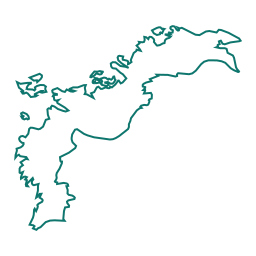 SVG path tracing the border of Ostrobothnia
{"feature_id": "FIN-3182", "entity_name": "Ostrobothnia", "entity_type": "Province", "adm_level": 1, "iso_a3": "FIN", "parent_name": "Finland", "parent_adm1": "", "projection": "natural_earth1", "projection_center": [22.043, 62.87], "detail": "fine", "context": "isolated", "style": "outline", "palette": "teal", "viewbox_px": 256, "rotation_deg": 0, "n_neighbors": 0, "source": "natural_earth", "source_scale": "10m", "svg_char_len": 5547}
<svg xmlns="http://www.w3.org/2000/svg" viewBox="0 0 256 256"><path d="M36.4,229.8L33.0,228.4L34.5,226.2L33.3,225.3L29.6,224.7L33.0,217.6L33.7,214.9L34.1,209.7L34.7,208.7L36.1,211.1L37.5,207.9L37.8,206.3L37.3,205.1L38.5,203.8L42.2,201.7L42.7,200.2L42.0,199.1L39.6,197.6L41.4,193.8L39.6,193.9L37.6,196.6L36.2,197.6L37.9,190.8L38.0,185.7L38.5,184.0L33.9,185.2L32.7,184.7L32.0,183.6L31.8,182.2L32.2,180.8L33.3,179.5L32.7,178.0L27.1,183.6L26.9,184.7L28.0,186.3L26.2,186.1L25.8,184.4L26.9,180.2L25.1,179.5L26.9,177.2L25.5,176.6L23.9,176.8L21.0,178.7L20.9,177.3L22.9,172.0L20.3,173.1L19.6,172.6L19.6,168.6L20.3,167.1L22.9,165.2L20.6,162.3L25.8,158.9L27.6,159.2L26.3,157.1L20.2,156.2L18.9,154.7L16.9,155.8L15.4,157.7L15.6,155.0L16.9,150.7L16.6,148.7L20.6,147.4L22.6,145.9L23.6,144.2L23.5,143.0L21.8,142.7L19.8,140.8L19.1,138.9L19.6,137.4L20.9,136.3L22.8,136.0L25.5,137.3L28.3,133.7L29.2,128.9L30.6,127.7L32.7,127.8L38.4,129.3L40.2,128.8L43.1,126.6L45.8,119.8L49.3,118.8L47.9,114.9L47.4,109.4L47.7,109.0L48.7,108.3L50.8,108.8L50.9,107.1L52.0,105.7L54.4,106.5L57.9,109.0L63.1,110.9L65.7,111.5L68.4,110.5L64.8,107.5L57.5,103.1L57.0,101.6L58.6,100.0L56.3,100.6L55.2,100.4L54.2,99.7L53.8,96.5L52.8,96.3L53.4,95.1L56.9,94.8L56.9,94.1L53.6,93.3L52.6,92.5L52.2,90.7L52.9,89.8L57.4,88.1L62.2,91.2L64.9,91.9L66.7,89.5L70.6,91.4L73.0,91.7L74.8,91.0L69.6,89.5L69.6,88.9L73.1,87.4L77.7,87.4L83.7,85.2L85.8,85.1L84.8,87.8L85.6,92.0L84.7,94.1L86.7,94.3L93.4,97.9L91.0,93.3L94.2,92.1L96.8,87.4L98.4,86.7L100.8,88.9L102.1,88.9L105.5,87.4L108.2,88.2L109.5,88.1L109.9,87.8L110.1,86.6L111.9,87.4L115.4,84.4L118.2,80.6L118.8,80.6L120.7,83.4L122.6,82.5L126.3,78.4L122.9,74.3L120.5,72.8L115.9,68.6L113.1,68.3L112.1,67.7L111.2,66.5L110.8,63.5L112.7,62.2L115.5,62.3L120.4,66.0L125.7,66.8L128.6,67.9L121.6,63.3L118.3,60.3L117.6,57.5L118.4,56.1L119.4,55.8L123.2,56.5L122.6,58.7L122.8,59.7L126.8,60.6L128.2,61.5L128.0,64.2L129.1,63.7L131.5,62.0L130.8,60.2L131.1,59.3L133.7,53.0L136.3,51.0L136.6,49.7L140.7,50.8L140.0,49.5L136.6,45.6L139.5,43.3L138.9,41.9L142.5,42.3L144.0,41.9L144.7,40.0L144.3,36.9L146.3,37.3L148.3,39.1L149.0,37.4L149.8,36.8L151.5,37.0L153.8,39.1L154.2,40.4L153.9,41.9L156.5,45.1L157.1,45.6L159.8,45.1L162.9,43.4L164.5,43.1L164.9,40.8L165.4,39.7L166.7,38.7L169.4,37.8L170.6,36.7L164.8,34.4L170.6,34.4L168.3,32.2L170.5,32.9L172.6,32.5L172.9,30.3L171.1,29.4L170.3,28.2L170.6,27.0L172.3,26.2L174.0,26.3L175.0,27.1L176.6,29.6L178.0,30.6L178.9,30.3L179.0,29.2L178.0,27.7L179.7,28.4L181.8,27.8L195.5,34.7L199.5,35.1L205.9,31.5L209.3,31.0L216.6,32.5L218.8,29.8L221.1,30.0L228.5,32.8L239.1,38.5L240.6,40.7L239.4,41.2L230.5,42.4L224.8,44.3L222.5,43.7L220.9,40.7L220.6,40.7L218.9,41.4L219.7,44.1L217.8,44.9L217.6,45.2L218.0,46.6L216.3,47.3L220.3,48.2L224.8,48.2L226.6,48.9L227.6,52.8L232.9,55.5L234.0,57.7L236.0,67.2L237.0,69.1L239.0,71.4L238.7,71.9L238.1,72.0L234.1,70.3L230.8,68.3L225.3,62.8L221.7,61.3L216.9,60.4L208.5,60.3L204.1,61.7L201.1,64.2L195.8,70.7L192.3,73.4L189.0,74.2L178.1,73.2L177.0,74.4L177.1,76.0L175.4,76.5L167.8,74.9L156.8,74.7L158.1,75.9L149.9,79.1L151.6,81.1L146.2,82.5L143.5,83.9L142.7,85.0L142.8,86.5L145.2,87.1L145.2,87.9L143.3,90.0L145.1,90.0L145.2,90.5L143.9,93.5L150.9,92.9L151.9,94.8L151.7,98.5L149.4,99.3L148.8,100.2L149.4,100.8L149.3,102.0L148.2,104.6L146.9,105.2L144.1,104.9L141.2,105.7L140.4,106.7L141.6,107.9L139.8,108.2L136.8,110.4L131.0,118.2L130.3,121.1L128.9,124.2L128.9,127.0L128.1,129.0L119.2,136.0L115.7,138.1L112.9,139.2L109.9,139.5L94.0,137.3L87.6,135.4L84.0,133.9L77.1,129.2L75.0,129.7L72.2,134.4L71.6,138.1L71.7,139.7L72.6,142.4L76.1,145.9L75.2,148.1L68.9,152.7L60.0,157.1L60.4,160.9L60.8,161.6L62.0,161.6L61.8,163.4L59.6,168.5L56.8,173.0L56.3,175.1L56.7,177.9L56.1,179.7L54.9,181.4L55.3,182.0L57.2,182.4L57.1,184.0L63.7,182.9L66.8,183.5L67.9,184.4L68.2,185.9L66.4,186.2L67.7,190.0L67.5,193.5L68.7,194.8L72.4,195.6L74.1,196.8L74.8,197.7L74.4,199.0L68.3,200.4L67.0,201.6L67.3,203.1L69.1,205.6L68.9,206.9L65.1,207.4L64.0,211.0L63.3,219.0L64.6,220.8L54.6,220.3L50.0,220.6L45.7,222.1L40.5,227.2L38.1,228.2L36.4,229.8ZM45.9,86.6L45.3,88.0L45.3,89.4L46.4,91.8L42.1,92.7L41.0,92.4L42.4,91.0L40.9,91.0L34.8,94.1L34.8,94.8L37.1,95.5L35.7,96.4L30.8,97.0L27.8,93.5L26.2,92.6L23.9,93.6L22.7,93.6L21.5,91.8L23.3,91.8L23.3,91.0L19.0,87.7L17.0,82.1L20.5,83.8L27.2,82.9L30.9,82.8L30.9,83.5L28.5,84.7L26.8,87.4L27.1,88.4L26.7,88.9L28.0,89.3L32.6,89.5L34.5,90.4L35.4,89.2L34.9,87.4L37.0,86.0L40.4,85.0L43.8,85.1L45.9,86.6ZM106.9,86.1L101.9,84.9L101.4,84.4L101.7,84.0L100.4,83.1L100.5,82.5L101.8,82.1L102.2,81.4L100.6,78.7L104.0,77.6L105.9,77.9L108.1,79.6L109.0,78.7L111.2,79.7L112.3,78.8L113.4,76.6L114.2,76.5L114.9,79.3L115.5,80.0L113.5,82.9L112.3,83.7L110.5,83.7L107.9,82.0L104.4,82.5L108.1,83.6L108.5,84.8L106.9,86.1ZM162.7,28.6L164.4,29.0L163.8,29.5L162.2,33.1L160.5,32.4L160.1,32.7L160.4,33.5L160.0,34.2L156.9,35.0L153.8,33.3L152.0,30.4L156.7,28.0L158.9,27.3L160.5,27.4L162.0,29.0L162.7,28.6ZM37.2,82.1L36.9,80.3L33.8,80.6L29.7,77.6L39.6,73.8L41.9,75.4L41.9,77.1L40.6,79.1L37.2,82.1ZM27.7,119.4L26.3,118.5L24.3,119.4L22.5,118.6L21.6,117.1L22.8,117.5L23.6,116.2L22.0,115.2L21.3,114.3L21.1,113.4L22.9,112.4L26.7,114.1L28.4,116.2L28.8,117.7L28.9,118.8L27.7,119.4ZM91.1,77.3L90.4,77.1L90.6,76.0L94.4,71.5L97.3,71.7L99.8,71.1L102.8,71.7L102.8,72.0L101.4,72.4L101.9,73.5L101.2,74.2L99.7,74.5L97.0,73.6L95.8,73.8L94.5,75.5L91.1,77.3ZM95.4,78.1L97.5,78.4L99.9,80.5L98.7,82.7L95.9,83.2L95.3,82.8L95.1,81.7L94.5,82.0L93.9,83.2L92.9,82.9L92.6,82.2L92.8,80.9L93.8,79.6L94.9,79.3L97.3,79.9L95.4,78.1Z" fill="none" stroke="#0f766e" stroke-width="2"/></svg>